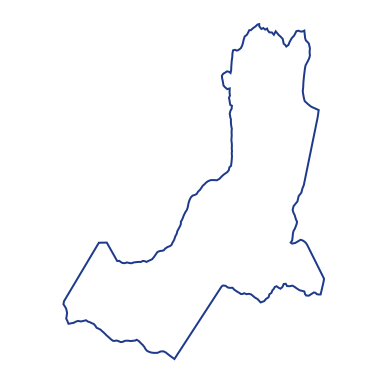 Banabuiú, Ceará, Brazil (Equal Earth projection), rotated 179°
{"feature_id": "56859067B2884991819750", "entity_name": "Banabuiú", "entity_type": "district", "adm_level": 2, "iso_a3": "BRA", "parent_name": "Brazil", "parent_adm1": "Ceará", "projection": "equal_earth", "projection_center": [-38.898, -5.294], "detail": "fine", "context": "isolated", "style": "outline", "palette": "blue", "viewbox_px": 384, "rotation_deg": 179, "n_neighbors": 0, "source": "geoboundaries", "source_scale": "gbopen_adm2", "svg_char_len": 3879}
<svg xmlns="http://www.w3.org/2000/svg" viewBox="0 0 384 384"><g transform="rotate(179 192 192)"><path d="M317.8,62.4L312.4,63.3L310.9,64.2L308.2,65.1L305.5,64.5L302.8,65.0L300.2,65.6L298.4,64.3L296.4,63.6L294.5,62.6L292.6,61.8L291.0,60.0L289.8,57.9L287.8,57.0L285.8,55.9L284.4,54.5L283.0,53.3L281.3,51.6L279.9,50.1L278.2,48.6L276.5,47.0L275.1,45.7L273.6,44.6L271.8,44.5L270.0,44.8L268.3,44.3L266.0,43.2L263.7,43.4L262.0,44.3L259.9,44.5L257.4,44.3L255.6,44.0L253.6,44.3L251.6,44.4L249.9,45.2L247.9,44.0L245.6,41.5L243.8,39.8L242.3,37.8L241.2,35.7L240.0,34.2L238.1,33.1L235.9,32.3L233.4,31.8L231.5,31.8L229.2,31.8L226.2,33.1L223.3,33.2L221.0,32.0L218.6,30.0L216.7,28.5L214.7,27.0L212.5,25.3L164.0,97.1L162.4,98.0L160.1,97.6L157.7,95.8L155.4,95.5L153.1,95.5L151.7,93.8L150.2,92.7L148.3,91.4L146.3,90.2L144.8,89.1L143.2,89.2L141.5,89.9L139.4,88.9L136.8,89.2L134.7,88.6L132.6,86.8L130.6,85.1L128.4,83.9L126.9,82.2L125.3,80.4L123.2,81.1L121.6,81.7L120.0,83.7L117.3,85.4L116.4,88.4L114.4,89.7L113.3,92.3L112.0,93.6L110.9,95.6L109.1,96.3L107.0,94.7L105.2,93.8L103.2,95.5L101.9,98.4L99.9,98.6L98.6,96.3L96.1,96.1L93.2,96.6L91.0,95.3L89.3,94.0L86.2,91.9L81.4,90.6L80.8,88.0L79.6,86.5L77.1,86.3L74.4,87.9L72.0,89.4L70.4,89.1L69.0,87.7L67.2,87.3L65.2,87.3L62.0,100.0L61.5,103.0L77.9,137.4L79.2,139.3L80.9,140.8L82.6,141.8L84.3,142.3L89.7,139.2L92.8,138.7L94.2,139.7L92.7,141.8L92.2,145.2L91.8,148.8L91.2,151.2L89.7,153.7L87.9,158.3L87.5,160.6L88.5,162.6L89.8,167.2L90.9,169.5L91.7,172.3L90.7,176.1L88.3,178.9L86.8,180.6L85.4,186.1L84.0,187.8L82.7,189.4L81.5,193.7L80.1,196.9L69.0,246.7L65.0,264.8L63.9,271.7L65.8,272.6L69.9,274.5L71.9,275.6L74.9,278.2L77.7,280.9L78.4,283.5L79.1,287.7L79.5,290.9L79.0,294.8L78.7,299.7L78.0,305.9L76.8,314.3L76.2,316.7L73.6,321.4L72.4,323.8L71.7,326.7L72.0,329.3L71.6,333.7L72.6,338.4L74.1,340.2L75.5,341.5L76.2,343.9L76.9,351.4L78.9,350.5L80.9,350.6L82.7,351.4L84.8,351.0L87.2,346.5L89.6,344.1L91.9,340.1L93.0,337.4L95.2,335.8L96.2,337.4L97.7,338.6L98.6,343.4L100.6,345.7L102.6,347.5L105.5,351.2L107.4,347.8L109.3,350.1L111.9,350.3L113.4,352.2L114.1,354.1L116.0,353.1L117.9,354.7L119.8,353.8L121.8,356.4L121.9,358.7L123.6,358.3L125.5,356.5L127.9,354.9L130.3,352.8L132.0,352.7L133.0,350.6L134.4,348.2L136.6,346.6L137.7,343.3L138.4,340.3L139.4,337.3L140.7,334.9L143.2,333.1L144.9,332.6L146.4,333.4L148.4,333.0L149.1,330.1L149.4,326.0L150.0,322.5L150.3,319.0L150.6,315.8L150.7,313.1L151.4,310.3L152.8,311.5L154.9,312.0L156.9,310.7L158.8,309.7L160.1,307.7L159.9,305.2L159.1,301.2L158.7,298.0L157.2,296.2L154.9,294.2L152.5,294.9L152.7,290.8L152.4,287.7L153.4,285.5L152.9,283.1L152.6,280.6L152.2,278.4L150.6,277.6L150.9,274.6L152.1,272.6L152.9,269.8L152.4,266.0L151.8,263.9L151.9,260.9L151.6,257.2L151.1,254.7L151.4,250.9L151.3,247.9L151.7,243.0L151.4,240.2L151.3,237.5L151.5,234.6L151.3,232.0L151.6,229.8L151.4,227.1L151.7,223.7L152.0,221.0L152.5,217.5L154.2,216.0L154.8,213.2L156.3,211.3L158.1,210.1L159.8,209.0L162.2,206.9L164.3,204.7L166.9,203.3L169.3,203.5L171.3,203.6L173.3,203.5L175.8,202.5L177.7,201.2L179.3,199.6L181.2,198.0L182.5,196.1L183.9,194.1L185.8,192.4L187.5,189.8L189.7,188.9L191.6,188.3L193.2,186.7L194.6,184.1L195.5,181.5L196.1,178.9L196.6,176.5L197.5,174.1L199.1,171.8L200.7,168.6L201.6,166.3L202.5,164.3L203.6,162.6L203.7,160.3L204.5,158.1L205.7,156.1L207.4,153.0L208.0,150.5L209.5,147.9L210.7,144.4L212.3,141.8L213.5,139.3L215.2,138.2L217.5,137.4L219.6,136.0L221.3,134.2L222.8,133.8L225.3,133.5L227.6,132.6L229.1,130.5L230.9,128.0L233.0,125.5L235.0,124.6L236.9,123.8L238.6,122.9L240.4,123.6L242.2,124.0L244.2,123.0L246.6,123.0L248.7,122.9L251.4,122.6L253.7,121.8L256.0,122.1L258.2,122.7L260.6,122.0L262.9,122.3L264.5,123.3L265.9,124.4L268.0,124.3L278.1,142.9L286.0,142.9L321.9,85.0L322.5,82.0L321.3,80.1L319.9,77.6L319.4,75.5L319.0,73.1L319.5,70.1L320.0,67.5L319.0,65.6L317.8,62.4Z" fill="none" stroke="#1e3a8a" stroke-width="2"/></g></svg>